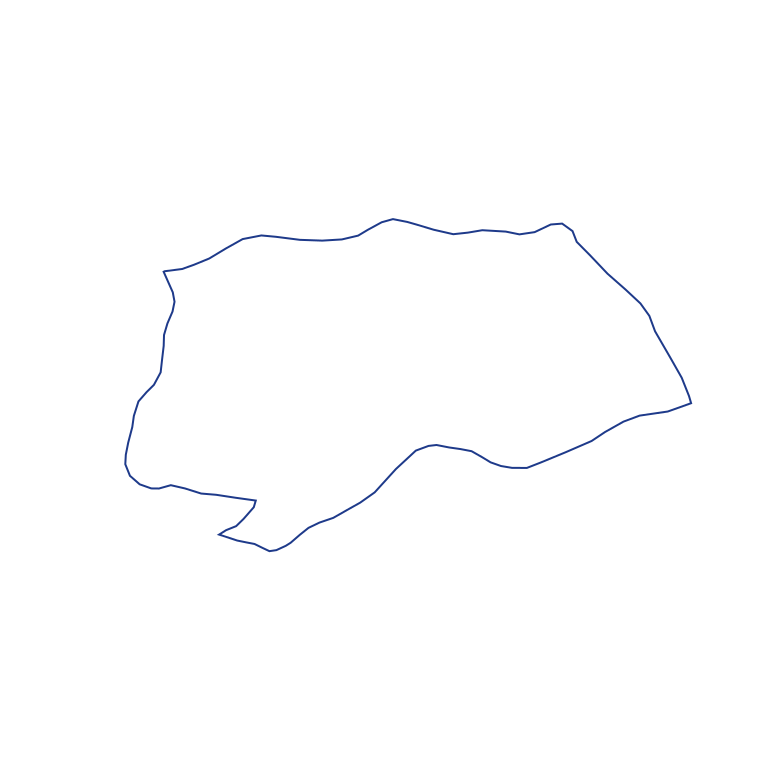 Ogoouè-Lètili, Haut-Ogooué, Gabon (Albers equal-area conic projection), rotated 223°
{"feature_id": "22940354B99015789882932", "entity_name": "Ogoouè-Lètili", "entity_type": "district", "adm_level": 2, "iso_a3": "GAB", "parent_name": "Gabon", "parent_adm1": "Haut-Ogooué", "projection": "albers", "projection_center": [13.529, -2.199], "detail": "fine", "context": "isolated", "style": "outline", "palette": "blue", "viewbox_px": 768, "rotation_deg": 223, "n_neighbors": 0, "source": "geoboundaries", "source_scale": "gbopen_adm2", "svg_char_len": 1426}
<svg xmlns="http://www.w3.org/2000/svg" viewBox="0 0 768 768"><g transform="rotate(223 384 384)"><path d="M146.3,579.4L152.7,583.2L170.5,591.6L192.8,598.6L221.7,607.4L236.4,614.8L251.4,617.8L271.4,617.8L295.7,617.1L320.3,618.6L340.0,619.4L350.4,624.4L363.1,622.8L370.8,614.4L377.4,597.8L387.0,585.8L398.9,578.5L417.0,563.5L425.9,551.9L435.5,540.8L452.9,530.7L469.1,522.7L477.5,518.4L489.9,510.7L496.0,500.7L501.0,485.7L504.1,474.9L513.4,461.0L526.9,446.8L543.8,432.1L563.5,417.9L575.0,409.0L586.2,393.6L592.0,375.5L597.4,356.6L604.3,341.6L610.1,330.4L621.3,316.9L621.7,315.8L601.0,307.0L593.3,301.3L588.1,292.8L583.7,280.6L578.3,269.8L571.1,261.6L563.4,251.1L555.3,240.2L551.7,226.5L552.1,216.0L551.7,203.8L545.2,190.1L538.7,180.8L531.1,166.7L524.6,156.2L518.5,148.9L507.2,143.6L494.3,144.0L483.0,148.9L477.3,154.1L470.9,164.6L458.3,171.9L443.0,179.2L431.2,188.5L414.8,199.7L398.3,211.3L395.2,205.1L394.7,189.6L395.2,179.2L399.8,169.4L401.9,161.4L384.6,169.4L376.6,174.3L369.6,178.7L361.0,181.3L353.8,183.6L349.4,189.1L345.5,198.6L344.0,204.2L342.7,216.4L341.1,227.3L336.7,238.6L329.8,251.5L325.0,266.9L320.5,281.0L316.9,298.4L317.3,329.9L315.3,357.0L309.2,369.1L304.0,375.2L293.1,382.0L283.8,388.5L274.1,394.6L262.3,397.4L252.6,399.4L242.5,403.8L233.3,409.9L222.3,420.0L215.9,433.3L204.6,458.0L193.3,483.9L189.6,499.6L183.2,519.8L175.5,535.2L157.7,557.4L146.3,579.4Z" fill="none" stroke="#1e3a8a" stroke-width="2"/></g></svg>